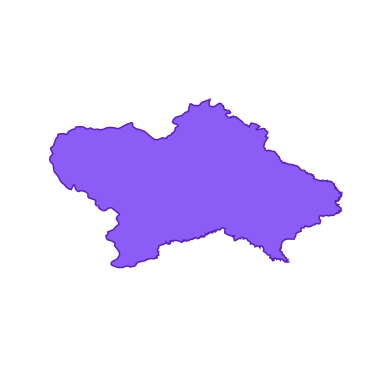 Nam Yuen, Ubon Ratchathani, Thailand, rotated 107°
{"feature_id": "78962969B1624057872614", "entity_name": "Nam Yuen", "entity_type": "district", "adm_level": 2, "iso_a3": "THA", "parent_name": "Thailand", "parent_adm1": "Ubon Ratchathani", "projection": "equal_earth", "projection_center": [105.061, 14.443], "detail": "fine", "context": "isolated", "style": "filled", "palette": "violet", "viewbox_px": 384, "rotation_deg": 107, "n_neighbors": 0, "source": "geoboundaries", "source_scale": "gbopen_adm2", "svg_char_len": 5999}
<svg xmlns="http://www.w3.org/2000/svg" viewBox="0 0 384 384"><g transform="rotate(107 192 192)"><path d="M152.3,47.9L149.1,48.5L149.7,49.1L149.4,49.2L149.7,50.5L148.8,50.1L148.9,51.5L147.9,52.4L147.9,53.3L147.2,53.6L147.0,55.3L146.4,55.1L146.4,56.1L145.9,55.8L146.0,56.4L144.8,56.6L144.0,58.1L142.7,58.3L142.9,59.2L141.4,61.1L141.3,61.9L141.9,62.7L141.4,63.0L141.9,64.8L141.5,65.5L142.0,65.6L141.5,66.1L142.4,66.8L142.2,68.0L142.8,69.3L142.5,70.4L143.1,70.4L143.0,71.1L143.7,71.4L143.6,72.1L144.1,72.7L143.6,73.7L143.9,74.2L143.6,76.6L144.0,78.0L143.4,79.5L143.0,79.1L142.2,80.1L141.4,79.9L140.9,81.2L140.2,81.4L140.7,82.7L140.0,83.1L140.6,87.2L140.0,87.4L140.4,87.8L139.9,88.1L140.0,88.8L138.4,90.5L139.3,93.8L136.5,98.1L136.4,101.5L136.9,102.0L136.8,103.2L136.5,103.3L136.9,103.7L136.4,104.8L137.4,107.8L137.0,108.4L137.0,111.5L137.5,111.6L136.8,112.5L137.3,112.7L137.1,113.0L137.6,114.3L136.3,115.0L135.9,116.7L132.9,119.0L132.2,120.8L130.5,122.6L130.6,123.3L129.3,124.4L129.2,126.0L129.7,127.2L129.4,129.2L129.8,129.8L129.6,131.0L130.6,132.1L130.6,134.2L129.3,134.6L128.2,136.2L126.8,137.0L125.0,136.6L124.1,137.1L117.7,135.4L117.3,138.2L113.8,136.9L112.4,137.2L111.3,140.5L110.3,140.7L110.4,142.3L113.5,148.2L113.2,149.0L109.5,146.3L108.5,150.2L108.7,155.5L113.0,156.5L111.9,158.6L111.8,162.5L110.3,164.1L107.7,170.5L108.0,171.1L107.2,171.9L108.1,174.3L107.5,174.8L108.2,174.9L108.3,176.0L109.0,176.1L109.0,177.3L110.0,177.4L110.0,178.9L108.2,182.7L106.4,181.6L106.6,180.2L105.3,178.4L104.6,178.3L103.8,179.7L103.2,180.8L103.8,182.3L103.3,183.9L103.8,184.9L103.6,185.6L102.0,186.1L101.0,187.4L100.4,187.2L100.0,189.0L99.0,189.9L98.9,190.7L99.6,192.3L102.5,194.5L104.2,196.4L104.8,199.3L104.1,200.7L102.7,201.7L98.1,201.7L103.1,208.4L105.2,209.7L106.0,209.6L108.0,211.5L107.9,212.8L108.8,215.4L108.1,217.7L108.2,219.5L112.5,219.6L115.7,219.0L118.1,221.8L122.0,224.2L125.1,229.2L127.9,230.8L131.0,231.0L131.7,229.3L132.0,225.3L133.1,224.7L135.7,226.8L137.1,226.3L140.3,226.9L141.5,228.2L143.6,228.9L145.7,231.4L147.4,232.2L148.0,231.8L148.4,232.4L148.8,236.1L152.1,240.1L152.7,242.8L151.8,246.1L147.9,255.2L147.6,261.3L147.9,263.0L147.1,267.0L146.2,268.1L143.8,268.8L143.3,269.9L146.2,274.0L152.4,280.2L153.1,281.4L153.4,285.5L154.2,289.2L155.5,292.3L157.7,294.7L159.5,298.3L159.4,300.5L161.0,304.2L160.4,307.8L162.6,310.7L161.6,314.9L161.9,317.3L163.8,322.0L166.4,322.7L166.9,324.3L169.9,327.5L173.7,328.8L173.7,331.6L175.0,335.4L176.0,336.9L178.9,336.8L181.1,337.8L188.6,338.0L191.2,340.0L192.9,339.2L196.1,336.2L200.1,337.9L202.9,337.4L204.6,336.1L206.1,333.0L212.7,329.8L216.0,324.8L220.1,320.9L221.4,318.8L222.2,316.3L224.4,313.0L225.2,309.8L225.0,308.2L220.2,307.5L219.7,306.5L223.4,304.0L224.8,301.5L224.6,300.2L223.0,298.4L223.0,293.7L223.8,291.2L226.9,290.1L227.7,289.3L228.0,281.8L232.1,280.7L232.6,280.0L233.0,277.2L234.7,276.2L235.1,275.0L235.9,271.7L235.6,270.7L234.5,268.8L232.0,267.3L230.6,264.4L234.4,254.9L235.0,254.8L237.1,256.3L239.6,256.6L242.8,253.1L244.5,252.6L247.5,254.8L250.8,256.0L254.9,260.9L256.2,259.8L259.2,261.6L262.3,259.2L262.3,254.3L263.1,250.8L265.9,250.4L269.4,245.4L271.6,243.3L274.0,242.9L277.7,243.8L282.3,248.3L284.5,248.4L285.4,247.3L285.9,240.8L284.3,235.9L282.5,233.9L281.4,231.5L281.9,229.4L279.7,225.2L277.9,224.2L277.0,224.5L274.5,222.4L271.8,217.4L270.9,216.8L270.8,215.9L269.7,215.5L268.9,214.3L267.5,211.5L267.1,208.9L265.5,207.0L265.5,206.2L264.9,206.0L264.0,207.2L261.9,205.3L260.5,206.3L258.8,206.4L258.8,207.2L257.2,208.2L254.8,207.5L253.3,208.2L249.2,202.5L247.3,202.2L248.8,200.4L248.7,199.4L248.1,199.3L248.4,198.6L247.6,198.4L247.5,197.6L246.4,197.9L245.8,198.9L245.1,198.4L245.1,197.4L244.4,196.6L244.9,195.7L243.4,194.7L242.6,190.5L243.2,187.1L241.9,186.3L240.9,186.8L240.5,186.3L240.2,185.3L241.1,185.1L240.5,184.3L240.4,183.1L240.0,183.3L240.1,184.1L239.8,183.9L240.1,182.2L239.2,181.7L239.2,180.4L237.8,180.0L237.1,177.5L235.9,177.1L235.6,176.1L234.9,176.2L234.4,174.0L235.0,172.9L234.0,171.5L232.7,171.3L232.5,170.3L232.0,170.8L231.1,170.0L231.9,167.7L229.6,166.3L228.2,166.9L228.3,165.1L227.4,164.9L227.1,164.1L225.9,164.5L226.1,163.2L225.0,162.8L225.3,161.0L223.9,161.6L223.5,160.6L223.9,159.8L222.2,159.8L222.2,158.9L223.3,158.0L222.7,157.5L221.2,157.7L221.2,157.1L220.1,156.3L220.3,154.4L217.4,152.8L217.5,149.6L221.4,148.8L221.8,148.2L222.4,145.3L222.5,140.7L221.7,140.0L221.5,138.9L223.2,139.4L223.8,138.3L226.1,137.2L226.0,136.5L223.2,134.0L222.4,132.8L222.4,131.8L221.0,131.6L220.7,130.8L220.8,129.4L221.9,129.2L220.8,127.6L220.6,126.0L222.1,124.4L222.7,121.6L224.7,120.9L223.9,119.6L224.1,117.4L226.0,115.6L224.3,113.4L224.6,111.5L225.4,110.7L223.5,110.8L223.4,109.2L224.2,107.8L225.9,106.6L227.9,106.2L228.6,103.6L230.0,101.4L229.6,98.8L230.3,98.3L232.3,98.4L232.2,94.9L233.0,94.7L233.3,96.4L233.5,95.1L234.1,94.5L233.4,93.7L231.3,93.9L230.9,92.4L231.7,91.3L230.8,90.6L230.9,89.8L230.3,88.9L231.4,87.6L230.2,87.5L229.9,86.0L231.6,83.2L231.5,81.3L230.6,79.5L230.4,80.6L229.0,80.5L229.8,81.4L229.6,82.1L228.7,81.8L227.4,82.7L227.4,83.8L225.7,85.4L225.7,86.3L225.3,86.4L224.7,87.9L223.3,88.0L222.4,90.7L221.8,91.0L221.8,90.5L221.0,90.5L221.1,91.1L220.0,91.1L219.4,90.3L216.2,91.1L213.3,91.1L210.7,89.6L208.9,86.6L207.2,80.6L203.5,80.0L201.1,80.4L197.5,76.2L194.9,77.1L194.1,76.4L193.5,74.4L191.5,74.0L191.1,73.0L191.5,72.7L191.4,70.9L190.9,70.6L190.6,68.8L187.5,65.9L187.3,64.9L186.8,65.2L186.0,64.2L185.0,60.6L182.3,60.5L181.1,61.1L180.9,62.2L179.0,62.9L177.5,62.8L176.5,60.8L177.1,60.2L176.9,59.4L175.1,57.1L174.7,53.6L174.1,53.3L172.9,49.7L171.0,48.5L170.4,47.4L169.7,47.6L169.7,46.4L168.9,46.0L169.0,45.5L168.5,45.2L167.5,45.8L167.7,45.4L167.1,44.8L167.6,44.8L167.0,44.1L166.4,44.7L166.0,44.0L164.9,44.3L163.7,45.1L162.6,48.7L161.5,48.2L162.4,49.8L161.9,50.2L161.4,49.8L161.4,50.9L160.2,51.4L159.6,52.4L158.2,52.1L158.1,51.5L158.6,50.9L157.6,50.5L157.8,49.6L156.6,49.7L156.6,49.0L155.9,48.7L155.2,48.7L155.4,49.5L154.3,50.2L153.7,48.8L152.0,48.8L152.3,47.9Z" fill="#8b5cf6" stroke="#5b21b6" stroke-width="1.5"/></g></svg>